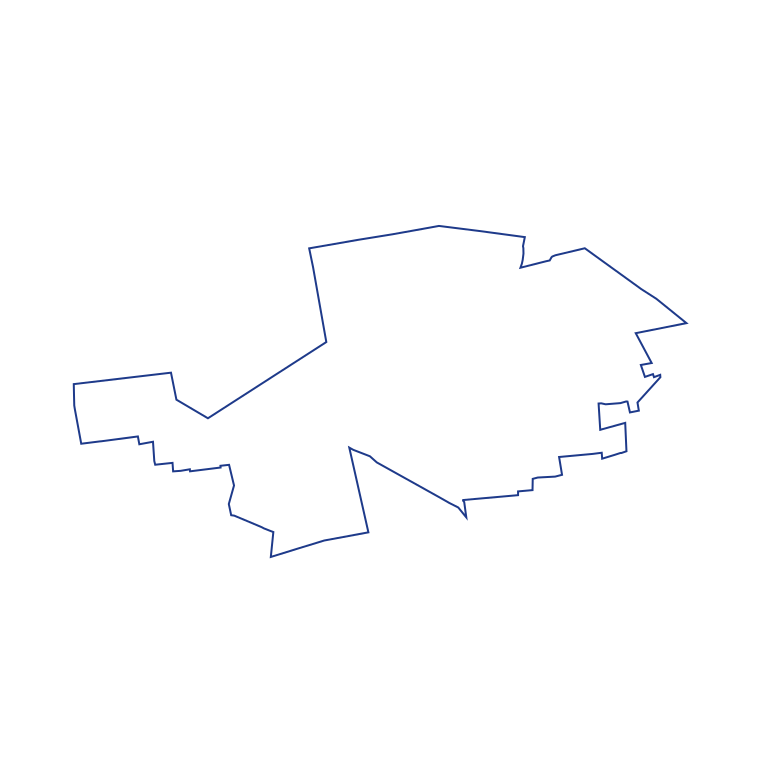 Kopomá, Yucatán, Mexico, rotated 343°
{"feature_id": "50627088B35355402430681", "entity_name": "Kopomá", "entity_type": "district", "adm_level": 2, "iso_a3": "MEX", "parent_name": "Mexico", "parent_adm1": "Yucatán", "projection": "mercator", "projection_center": [-89.902, 20.644], "detail": "fine", "context": "isolated", "style": "outline", "palette": "blue", "viewbox_px": 768, "rotation_deg": 343, "n_neighbors": 0, "source": "geoboundaries", "source_scale": "gbopen_adm2", "svg_char_len": 1503}
<svg xmlns="http://www.w3.org/2000/svg" viewBox="0 0 768 768"><g transform="rotate(343 384 384)"><path d="M350.3,251.7L341.1,327.0L205.6,365.3L180.9,338.3L183.6,310.9L87.3,293.4L84.3,304.0L81.5,314.0L81.0,317.6L77.0,352.6L96.0,355.9L96.2,356.0L133.3,362.2L132.4,370.1L146.2,371.7L141.8,390.5L141.6,394.3L158.7,397.6L156.8,405.9L164.2,407.6L173.4,408.8L173.0,410.8L203.3,416.1L203.7,414.4L212.2,416.0L210.9,437.2L200.5,453.4L199.5,464.8L202.3,466.1L225.1,485.1L227.1,487.1L228.8,488.4L228.9,488.5L232.9,491.7L234.9,493.2L225.2,516.3L253.4,516.2L281.1,516.2L325.7,521.3L332.2,434.7L335.4,438.0L349.4,449.0L354.2,456.9L403.6,508.3L410.7,515.8L411.1,516.2L411.1,516.3L418.9,523.8L423.7,535.6L426.2,520.3L425.5,518.7L425.8,518.1L479.7,529.5L480.8,525.9L495.0,528.9L498.5,518.2L503.7,518.4L520.6,522.6L527.7,522.9L530.1,505.0L563.3,511.9L572.1,513.4L570.8,519.2L584.0,519.2L589.8,519.1L590.9,519.4L596.2,519.2L603.3,491.7L577.4,491.0L583.5,465.4L586.1,466.0L590.0,468.2L604.5,471.4L610.5,471.5L611.7,472.0L610.9,483.1L619.9,484.0L621.0,475.8L650.3,458.3L650.8,456.0L644.2,456.4L644.1,453.2L635.6,453.5L635.2,440.9L646.1,442.2L639.6,409.0L691.0,414.2L669.4,382.2L657.8,368.5L615.7,312.9L585.5,311.0L582.2,311.3L581.2,311.8L578.6,314.3L575.0,314.0L548.5,312.7L551.0,309.3L552.9,305.9L555.5,300.1L557.0,294.8L557.2,292.9L561.6,284.7L520.0,265.6L483.2,249.1L482.7,248.9L472.5,247.7L467.5,247.1L467.4,247.1L435.8,243.3L400.9,238.5L352.1,232.4L350.3,251.7Z" fill="none" stroke="#1e3a8a" stroke-width="2"/></g></svg>